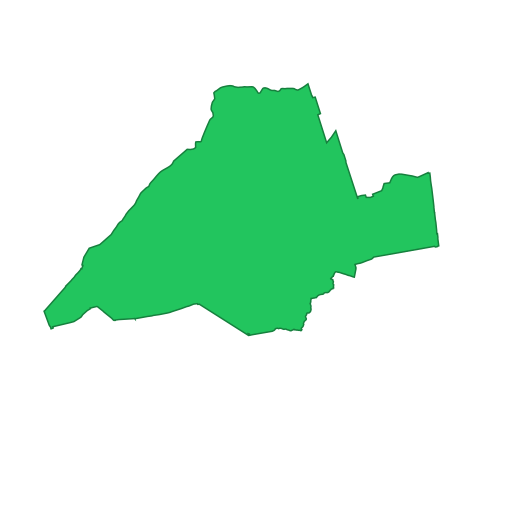 outline of Lansingerland, Zuid-Holland, Netherlands, rotated 213°
{"feature_id": "6326949B1243164224126", "entity_name": "Lansingerland", "entity_type": "district", "adm_level": 2, "iso_a3": "NLD", "parent_name": "Netherlands", "parent_adm1": "Zuid-Holland", "projection": "orthographic", "projection_center": [4.494, 52.011], "detail": "fine", "context": "isolated", "style": "filled", "palette": "green", "viewbox_px": 512, "rotation_deg": 213, "n_neighbors": 0, "source": "geoboundaries", "source_scale": "gbopen_adm2", "svg_char_len": 6001}
<svg xmlns="http://www.w3.org/2000/svg" viewBox="0 0 512 512"><g transform="rotate(213 256 256)"><path d="M386.9,85.0L387.0,85.3L387.9,86.0L375.5,99.0L373.0,101.8L370.2,107.8L369.5,109.4L369.4,110.3L369.4,112.0L369.4,112.4L367.8,118.3L366.2,121.6L366.7,122.0L362.1,126.9L361.4,127.2L356.6,126.7L354.4,126.5L353.0,126.2L343.2,125.2L340.7,124.6L340.2,124.6L339.8,124.8L339.1,125.3L339.3,125.5L339.2,125.6L336.4,128.0L323.7,137.4L323.3,137.3L323.5,137.5L323.2,137.6L322.9,137.9L314.6,145.7L314.2,146.1L310.8,149.0L309.6,150.4L305.3,154.1L299.2,160.0L297.6,161.7L295.8,164.1L290.1,171.1L286.6,175.8L285.0,177.5L282.1,181.7L279.2,184.1L278.5,183.7L277.1,184.8L277.0,184.7L219.8,185.3L220.5,186.6L219.1,187.0L218.4,185.8L216.0,188.2L201.4,201.7L200.3,203.5L200.0,204.7L200.0,204.9L200.2,205.6L198.8,207.0L198.5,207.2L197.4,207.4L196.9,208.2L196.0,208.8L194.8,209.2L193.5,209.4L192.9,209.6L192.5,209.8L191.8,210.6L190.9,211.0L190.5,211.1L189.8,211.1L188.2,211.7L186.8,211.9L186.2,212.2L185.8,212.5L185.5,213.1L184.6,214.5L184.6,214.8L184.2,215.1L184.0,214.9L183.7,214.9L183.5,215.1L183.5,215.3L183.4,215.4L182.1,215.7L181.5,216.1L180.9,216.5L180.1,216.7L179.4,217.2L179.1,217.4L177.9,217.7L177.7,217.9L177.5,218.0L177.4,218.4L177.4,219.2L178.3,219.4L178.4,219.7L178.6,220.1L178.5,220.9L178.3,221.8L178.2,222.4L178.3,222.9L178.5,223.8L178.7,224.6L179.2,225.0L179.5,225.3L179.9,227.4L179.9,227.6L179.7,228.2L179.6,228.7L179.4,229.5L179.3,229.8L179.4,230.3L179.6,230.7L180.1,231.1L180.9,231.6L181.6,232.3L181.7,233.2L181.6,234.0L181.6,234.3L181.9,235.0L182.1,235.2L182.2,235.5L182.0,236.1L181.9,236.2L180.8,236.9L180.4,237.4L180.3,238.2L180.0,238.9L180.1,239.3L180.3,239.7L180.4,240.3L180.7,241.1L180.9,241.2L181.1,241.7L181.9,242.3L182.0,242.5L182.0,242.8L182.2,243.2L182.8,244.1L184.2,245.2L184.5,245.6L184.8,245.7L184.8,245.9L184.7,246.1L184.7,246.5L185.2,247.2L185.2,247.6L185.8,248.4L186.1,249.4L186.7,250.4L185.2,251.6L184.7,252.3L184.1,252.6L183.9,252.9L183.6,253.2L183.3,253.7L182.8,253.9L182.6,255.3L182.6,256.1L181.8,257.8L181.4,258.3L180.3,259.4L179.5,260.0L178.9,260.7L178.7,261.0L178.7,262.0L178.3,262.7L177.3,263.5L176.4,264.0L175.9,264.5L175.3,265.6L175.3,266.1L175.1,266.7L175.2,267.4L175.0,268.0L174.9,268.4L174.8,268.7L174.8,269.3L174.7,269.4L174.2,270.0L173.7,270.4L173.9,271.3L173.9,271.5L173.6,271.6L173.8,271.9L174.4,272.6L174.8,273.3L175.0,273.9L175.3,274.3L176.2,274.6L176.4,274.8L176.6,275.1L177.0,276.5L177.8,277.1L178.8,277.5L178.6,277.8L178.8,278.0L180.0,277.7L180.7,277.5L180.9,277.5L181.1,277.7L181.1,277.8L180.5,280.5L180.4,280.8L180.2,281.0L180.3,281.1L180.5,281.7L180.6,282.4L180.4,282.6L180.5,282.8L180.7,283.4L180.7,283.8L180.8,283.9L180.8,284.9L180.7,286.0L180.4,286.3L179.8,286.6L178.0,287.2L177.8,287.5L172.0,289.0L171.9,289.2L168.5,289.9L167.2,290.3L167.0,290.5L163.1,291.4L162.0,291.8L165.2,299.7L165.7,300.0L166.0,300.6L165.9,300.7L166.9,301.6L168.4,302.8L166.5,305.0L164.7,306.7L163.5,308.2L160.3,312.7L157.6,316.1L157.2,316.9L156.6,319.3L111.6,361.3L110.9,361.2L110.4,361.3L110.0,361.6L108.8,362.9L108.7,363.2L108.8,363.7L108.3,364.1L112.9,369.5L113.7,370.8L116.0,373.6L116.5,373.1L118.4,375.8L123.3,381.9L125.4,384.2L129.1,388.7L129.8,389.7L130.0,389.6L131.7,391.7L133.0,393.3L133.4,393.7L133.7,394.3L137.8,399.3L145.4,408.4L147.3,410.5L150.4,414.0L152.7,417.0L155.4,420.2L156.7,419.1L157.1,419.6L162.5,411.1L163.4,409.9L168.6,408.2L171.3,407.0L177.4,404.4L178.7,403.8L180.8,402.5L183.5,399.8L184.2,398.5L184.5,397.0L184.5,395.0L183.7,390.2L187.4,387.1L188.0,386.5L187.0,383.0L186.7,382.5L186.2,379.2L191.8,371.3L190.1,370.0L192.0,367.4L195.5,365.2L197.4,366.7L199.7,364.8L200.5,364.1L201.2,363.3L202.6,361.6L203.2,361.0L202.0,360.0L202.2,359.7L231.5,383.4L231.9,383.8L232.3,384.6L237.5,388.9L239.4,389.7L257.3,404.5L257.4,398.8L257.4,396.7L257.9,393.5L258.4,389.4L281.1,408.1L279.5,410.5L286.7,416.4L292.9,421.5L294.7,419.7L296.1,420.8L296.4,420.7L306.2,428.7L307.8,424.5L308.6,422.7L310.7,418.8L311.3,417.9L312.7,417.4L313.6,417.2L315.3,417.1L316.5,416.5L321.3,413.4L322.8,412.1L325.0,410.9L325.8,410.2L326.1,409.5L326.0,408.1L326.3,407.1L326.9,406.3L327.5,405.8L329.8,405.2L330.7,404.9L332.5,403.7L333.6,403.2L334.9,403.0L336.6,402.9L337.9,402.7L339.5,402.2L340.6,401.5L341.1,401.0L341.3,400.7L341.5,400.1L341.5,398.4L341.4,395.5L341.5,394.9L341.6,394.7L342.1,394.2L342.7,393.9L343.4,394.0L345.2,394.9L348.2,396.0L349.7,396.2L350.4,396.2L351.0,396.0L351.8,395.6L355.6,392.9L357.8,391.7L359.6,390.1L361.0,389.1L362.9,387.6L365.5,386.5L366.6,386.1L367.9,386.0L369.3,385.4L370.6,384.7L373.0,382.7L376.1,379.5L377.2,378.0L377.5,377.5L379.1,373.1L379.9,371.8L380.2,369.9L379.9,369.5L378.7,368.3L376.3,365.5L376.2,364.8L376.3,362.1L376.3,361.5L376.2,360.8L375.1,357.5L373.7,354.8L373.4,354.5L372.7,353.9L370.8,353.0L370.2,352.7L368.8,351.1L368.2,350.4L368.0,349.9L367.9,349.3L367.9,348.7L368.7,346.0L368.8,344.8L367.9,339.1L366.6,331.8L365.5,326.3L365.0,324.3L364.4,322.5L364.4,322.2L364.8,321.5L366.7,320.4L368.0,319.4L368.6,318.8L367.9,317.3L365.7,314.1L366.2,312.8L366.7,311.7L369.1,309.5L371.8,308.0L376.8,290.6L376.6,290.1L376.5,289.3L376.4,287.6L376.5,286.8L376.9,285.1L377.4,283.8L378.2,282.1L380.3,278.1L381.1,276.5L381.9,274.5L382.2,273.2L382.5,271.9L383.0,268.7L383.5,264.3L384.2,260.2L384.3,258.4L383.9,256.8L383.9,255.9L384.1,255.3L384.9,253.8L385.2,253.1L386.4,248.3L386.7,246.9L386.9,245.8L386.5,241.7L386.3,237.4L385.8,234.9L385.8,232.4L386.1,230.8L387.3,224.9L387.4,224.2L387.7,220.4L387.5,218.1L387.6,214.9L387.5,212.8L387.6,212.4L388.2,211.1L388.6,210.1L388.8,209.1L389.0,207.8L388.9,204.0L389.1,201.4L389.2,199.9L389.1,195.1L393.2,180.5L400.1,171.7L399.7,161.3L397.1,153.7L396.1,153.9L395.7,153.0L395.7,152.1L395.1,150.3L395.9,150.1L395.7,148.7L395.7,148.3L396.2,144.8L396.8,142.2L396.9,140.9L396.9,139.2L397.5,136.1L397.6,134.8L398.4,130.8L399.2,127.0L399.0,126.8L398.9,125.9L403.2,96.4L403.3,95.6L403.2,95.5L403.6,94.7L403.7,94.3L391.8,85.4L390.9,84.9L390.2,84.9L388.2,83.3L386.9,85.0Z" fill="#22c55e" stroke="#15803d" stroke-width="1.5"/></g></svg>